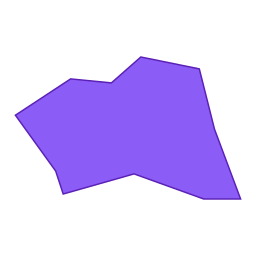 map outline of Bolton (Natural Earth projection)
{"feature_id": "GBR-5678", "entity_name": "Bolton", "entity_type": "Metropolitan Borough", "adm_level": 1, "iso_a3": "GBR", "parent_name": "United Kingdom", "parent_adm1": "", "projection": "natural_earth1", "projection_center": [-2.443, 53.589], "detail": "fine", "context": "isolated", "style": "filled", "palette": "violet", "viewbox_px": 256, "rotation_deg": 0, "n_neighbors": 0, "source": "natural_earth", "source_scale": "10m", "svg_char_len": 278}
<svg xmlns="http://www.w3.org/2000/svg" viewBox="0 0 256 256"><path d="M203.7,199.0L134.0,173.9L63.2,194.0L55.7,171.1L15.4,115.2L70.3,79.1L70.5,78.9L111.4,82.9L140.8,57.0L199.3,68.9L214.5,129.2L240.6,199.0L203.7,199.0Z" fill="#8b5cf6" stroke="#5b21b6" stroke-width="1.5"/></svg>